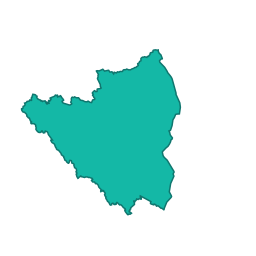 map outline of Sverdlovsk (Natural Earth projection), rotated 51°
{"feature_id": "RUS-2386", "entity_name": "Sverdlovsk", "entity_type": "Region", "adm_level": 1, "iso_a3": "RUS", "parent_name": "Russia", "parent_adm1": "", "projection": "natural_earth1", "projection_center": [60.591, 59.024], "detail": "fine", "context": "isolated", "style": "filled", "palette": "teal", "viewbox_px": 256, "rotation_deg": 51, "n_neighbors": 0, "source": "natural_earth", "source_scale": "10m", "svg_char_len": 5793}
<svg xmlns="http://www.w3.org/2000/svg" viewBox="0 0 256 256"><g transform="rotate(51 128 128)"><path d="M49.6,199.5L47.7,199.5L46.2,198.8L46.1,198.4L46.5,197.9L46.6,197.5L46.2,196.9L45.2,195.9L45.6,194.4L45.5,194.0L44.7,193.0L43.6,192.7L44.0,191.8L44.2,190.6L43.8,189.8L44.9,187.8L44.8,187.5L44.4,186.8L45.5,186.1L45.8,185.6L45.6,185.3L44.6,185.1L44.2,184.4L43.6,183.9L43.7,183.2L43.2,182.8L41.9,180.7L43.4,179.4L44.2,179.0L45.5,179.1L46.1,178.7L46.4,179.4L46.6,179.6L48.5,179.9L49.1,179.5L50.2,179.2L51.1,178.5L52.1,178.7L52.4,178.5L52.5,177.8L53.6,177.8L53.7,177.1L54.7,175.4L55.1,175.7L55.4,175.5L55.9,175.5L56.4,175.0L56.9,174.9L57.2,175.2L56.5,175.7L57.1,175.8L57.4,176.0L57.9,175.7L58.4,175.8L58.5,175.3L58.4,174.8L57.6,174.6L57.5,174.3L57.7,174.1L58.9,174.2L59.1,173.9L57.8,173.6L57.6,173.3L57.8,172.5L56.8,172.3L56.9,171.9L57.5,171.7L57.8,171.2L57.5,170.3L57.3,170.0L56.1,169.8L56.6,169.3L55.9,168.9L57.1,165.1L57.1,164.8L56.7,164.0L56.7,163.7L57.6,163.1L58.0,162.2L58.5,162.2L58.6,162.7L59.0,163.1L59.5,163.2L59.5,162.9L60.5,161.4L60.2,160.6L60.2,160.3L60.5,160.1L61.8,160.1L62.4,160.5L63.6,160.2L65.6,160.4L65.9,160.5L66.0,160.9L65.7,162.0L65.7,162.3L66.0,162.6L67.2,162.8L68.3,162.4L73.2,159.1L73.6,158.6L73.7,158.2L73.9,156.9L73.8,156.5L73.3,156.3L71.9,156.3L71.2,154.8L69.6,153.7L68.9,152.5L69.0,151.8L70.1,151.1L70.2,149.9L72.0,149.1L72.4,148.7L73.0,147.8L73.4,147.4L76.5,147.4L78.2,145.9L80.4,144.9L81.9,143.4L81.9,142.4L82.0,142.1L84.1,141.4L85.3,140.3L84.0,137.9L84.0,137.5L84.8,136.0L84.7,135.7L83.9,135.1L82.7,135.3L81.7,134.9L80.4,135.0L80.2,134.9L79.9,133.8L78.5,133.8L78.2,133.5L77.9,131.7L77.9,130.5L78.3,130.3L79.4,130.2L80.1,129.0L78.6,127.7L78.4,127.3L80.1,124.3L80.1,123.8L80.0,123.7L78.3,123.3L76.8,122.2L70.5,120.7L70.0,120.2L69.6,119.2L68.1,118.1L67.8,117.3L67.7,117.2L64.3,116.8L63.8,116.7L63.8,116.4L64.4,115.5L65.5,114.5L66.5,110.6L69.0,110.4L70.8,106.9L71.1,106.7L72.8,106.9L73.2,106.8L74.2,105.1L76.9,105.1L76.0,103.6L77.9,102.4L77.7,101.1L77.8,100.7L79.0,99.8L79.0,99.1L79.1,98.5L80.5,96.9L80.5,96.6L80.0,95.3L80.1,94.6L81.3,92.9L81.4,91.9L83.3,90.8L84.4,89.3L84.5,87.9L85.2,86.1L85.2,84.9L85.9,83.6L85.8,82.6L85.9,80.7L85.7,80.4L84.6,80.3L84.1,80.0L84.3,78.1L83.7,77.4L83.6,77.1L83.8,76.1L83.9,75.6L82.2,74.3L82.0,73.6L82.0,72.5L82.2,71.9L82.8,71.3L82.9,70.7L83.0,70.3L85.0,68.9L84.6,68.0L84.7,67.7L85.3,67.0L85.0,66.4L84.8,64.7L83.9,63.8L83.7,63.3L84.6,61.0L84.4,60.6L83.7,60.0L83.5,59.4L83.8,58.7L84.6,57.4L85.9,56.3L86.4,55.4L87.4,56.2L89.5,56.7L91.8,56.4L95.6,57.6L95.8,57.9L95.4,58.3L95.3,58.8L95.5,61.1L95.7,61.3L97.0,61.9L103.9,61.3L108.5,61.9L110.0,62.3L114.0,62.3L115.8,62.4L117.6,62.8L131.3,68.8L131.6,69.3L131.9,69.5L141.0,71.9L144.8,74.2L149.4,79.2L147.9,81.3L147.5,82.2L147.5,82.6L149.0,85.3L149.9,87.9L153.9,92.3L156.4,96.2L156.5,96.8L156.0,97.6L156.0,97.9L156.6,98.2L157.6,98.4L159.7,99.4L160.5,99.6L163.6,99.7L164.3,100.5L164.4,102.3L165.5,103.6L166.5,105.7L167.4,108.5L167.4,110.9L168.1,116.2L168.7,116.7L171.1,117.9L172.0,118.2L173.8,118.3L177.6,117.8L190.5,119.6L191.2,119.9L191.5,120.4L191.8,121.4L192.4,122.0L194.3,122.6L198.0,129.8L203.6,136.1L207.7,136.9L208.7,137.3L209.1,138.3L210.0,144.5L213.2,150.3L214.1,151.4L214.1,151.6L211.7,152.2L211.0,152.9L207.6,153.5L207.0,154.1L206.9,154.8L206.7,155.0L206.0,155.0L205.5,154.7L204.0,155.2L203.6,155.6L204.0,156.1L203.9,156.4L201.7,157.8L201.2,158.0L200.5,157.9L199.6,156.5L188.4,161.2L188.5,161.4L189.4,161.7L189.7,162.1L190.9,161.8L191.6,162.4L191.3,162.8L190.0,163.9L189.9,164.3L189.9,165.2L188.6,165.9L189.2,167.0L189.4,168.4L188.4,169.3L188.4,169.5L189.0,169.9L189.8,169.7L190.1,169.8L190.6,170.6L191.3,170.9L191.5,171.2L191.7,175.8L191.7,176.1L192.6,176.8L192.5,177.8L193.3,178.4L193.2,179.4L194.0,179.8L194.9,179.2L196.4,178.9L196.4,180.4L195.5,181.6L195.4,182.6L194.7,182.8L191.1,182.7L189.8,182.2L190.2,181.6L188.8,181.0L187.0,181.7L185.1,181.6L183.2,181.8L182.9,182.0L182.7,182.8L182.1,183.0L179.1,183.3L178.8,183.6L179.1,184.6L179.7,184.9L179.8,185.4L179.7,185.7L179.0,185.9L179.0,186.6L178.8,186.9L178.4,187.0L177.2,186.9L176.8,187.3L176.6,187.9L176.6,188.2L177.4,189.0L177.1,189.9L176.8,190.2L176.2,190.3L173.6,189.7L172.1,190.1L170.8,189.7L169.9,189.7L168.3,189.3L167.7,188.5L166.4,188.6L165.0,188.1L164.8,187.9L164.8,187.2L164.5,186.9L163.3,186.6L162.1,186.8L161.4,186.4L160.8,186.8L161.0,187.5L160.3,188.0L160.4,189.1L159.9,189.0L159.4,188.4L159.4,187.6L156.0,187.9L155.4,187.8L153.5,187.1L151.3,187.4L150.8,188.3L149.1,188.0L148.7,188.2L147.9,189.3L147.4,189.4L146.6,189.2L146.2,189.5L145.9,189.5L145.6,188.9L145.6,188.5L145.9,188.1L145.8,187.8L144.6,187.6L142.1,189.1L141.6,189.9L140.6,190.3L139.5,191.5L139.1,192.9L137.4,194.1L136.8,194.7L135.7,194.8L135.4,195.2L135.7,195.9L135.4,197.0L135.7,198.1L135.6,198.6L133.6,198.3L131.3,197.3L131.5,196.8L131.3,196.5L130.4,195.9L129.9,196.1L129.2,195.8L129.0,194.9L127.3,194.0L126.7,193.9L126.1,194.1L125.2,194.5L124.2,193.9L123.3,193.8L122.3,192.8L121.1,192.9L120.3,193.6L120.0,193.7L117.7,192.6L116.6,193.5L116.5,193.8L117.7,195.3L118.0,196.3L117.8,196.6L116.2,197.0L114.2,196.8L113.1,197.3L111.6,196.6L110.5,196.5L110.0,196.0L109.4,196.0L106.8,196.6L106.2,196.2L105.6,196.0L101.6,196.0L100.4,196.7L99.3,196.8L98.3,196.4L97.0,196.3L94.5,195.4L93.9,195.4L91.4,196.2L89.4,195.9L88.9,195.7L89.0,195.1L89.7,194.3L82.9,194.0L81.6,193.4L80.2,193.1L78.3,194.2L78.3,194.4L79.3,195.6L78.7,196.8L78.3,196.9L77.5,196.7L76.1,196.6L76.0,196.8L76.1,197.3L76.6,197.7L76.3,198.3L76.2,199.2L75.1,200.2L74.6,200.4L72.6,200.6L71.1,200.4L70.7,200.1L70.3,199.3L68.2,198.5L67.9,198.0L67.2,197.9L65.5,198.3L64.9,199.2L64.1,199.7L64.0,200.3L63.5,200.5L62.8,200.3L62.5,199.1L62.2,199.1L61.7,199.4L60.9,199.3L58.2,198.4L57.6,199.0L54.9,199.1L54.4,198.5L52.9,198.2L50.5,198.6L49.6,199.5Z" fill="#14b8a6" stroke="#0f766e" stroke-width="1.5"/></g></svg>